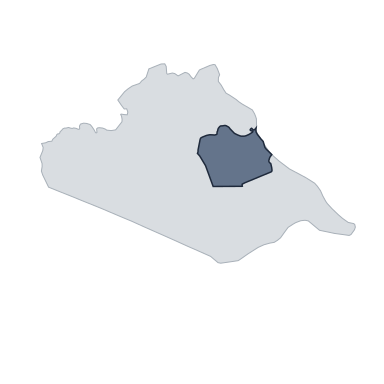 Syria, with Ar Raqqah highlighted, rotated 55°
{"feature_id": "SYR-136", "entity_name": "Ar Raqqah", "entity_type": "Province", "adm_level": 1, "iso_a3": "SYR", "parent_name": "Syria", "parent_adm1": "", "projection": "robinson", "projection_center": [38.68, 35.997], "detail": "fine", "context": "in_parent", "style": "filled", "palette": "slate", "viewbox_px": 384, "rotation_deg": 55, "n_neighbors": 0, "source": "natural_earth", "source_scale": "10m", "svg_char_len": 3731}
<svg xmlns="http://www.w3.org/2000/svg" viewBox="0 0 384 384"><g transform="rotate(55 192 192)"><path d="M71.4,140.8L74.3,141.1L80.4,144.7L81.4,144.6L83.3,139.8L85.1,138.2L88.9,136.8L90.0,129.1L91.8,127.6L93.9,126.8L97.2,126.7L100.0,126.2L100.2,124.9L96.3,116.0L96.7,113.7L98.6,104.7L99.9,101.2L101.0,100.1L105.5,100.5L111.8,102.1L113.4,104.7L116.5,107.0L121.1,106.8L126.5,107.3L130.6,107.4L133.9,105.8L141.5,102.8L145.2,101.8L148.6,100.5L159.4,95.5L163.8,95.9L166.8,96.6L169.0,97.3L174.1,100.7L178.4,104.1L181.3,105.1L186.7,105.0L194.4,105.7L203.8,105.6L209.3,104.7L216.4,103.0L228.9,99.0L245.4,90.6L255.1,86.5L259.3,86.0L264.7,86.0L270.2,87.1L276.4,87.8L279.2,87.8L285.9,86.9L294.5,85.2L300.0,83.8L306.5,81.5L310.6,77.7L311.9,77.3L313.6,78.0L314.4,78.3L316.1,80.5L318.0,86.0L318.0,86.6L317.7,88.2L313.4,92.8L307.7,99.0L303.5,102.9L296.5,109.5L291.3,110.9L282.4,113.3L280.0,115.6L277.9,119.4L276.6,124.5L276.3,127.6L276.1,133.6L278.2,139.8L280.3,145.7L280.6,149.6L280.4,153.5L278.5,157.6L276.5,163.3L275.3,169.7L274.8,181.7L274.8,191.9L274.7,193.6L271.1,200.8L266.8,209.3L264.8,211.2L255.4,213.7L245.1,219.9L233.6,226.9L223.1,233.1L212.1,239.7L200.7,246.6L192.6,251.5L181.6,258.0L171.7,264.3L161.6,270.6L153.9,275.4L142.2,283.0L135.3,287.5L125.2,294.0L116.4,299.8L105.8,306.7L92.7,304.6L88.5,303.4L85.2,300.2L82.7,298.5L76.5,296.7L72.5,290.5L70.2,288.4L66.0,287.4L67.8,283.5L68.2,280.9L70.0,277.7L68.9,275.7L68.4,271.3L67.6,270.2L67.3,269.0L68.0,267.6L67.7,266.2L67.0,265.6L66.7,263.4L66.2,261.7L66.5,259.8L67.4,258.5L68.4,256.0L69.5,255.3L71.2,253.7L71.7,252.1L73.3,250.5L75.4,249.2L75.9,248.2L75.6,247.6L73.5,246.4L72.4,244.4L73.4,241.4L74.1,240.5L75.4,239.0L78.2,236.8L80.4,236.5L82.4,236.5L85.6,236.6L88.1,237.0L88.7,236.5L88.7,235.7L85.6,233.9L85.4,232.5L86.2,231.0L88.4,228.5L91.0,226.8L92.4,226.4L95.4,222.9L97.3,218.9L94.3,209.1L92.4,207.6L89.4,206.2L87.6,206.0L87.5,205.4L89.9,202.9L91.6,200.8L89.7,198.7L86.4,197.8L85.1,199.9L80.8,200.1L74.1,200.0L71.2,189.8L70.8,185.3L70.9,180.2L73.0,172.7L72.1,169.2L72.1,166.8L71.6,163.6L66.4,156.7L69.4,143.9L71.4,140.8Z" fill="#d9dde1" stroke="#a8b0b8" stroke-width="1"/><path d="M197.3,106.7L199.4,106.6L207.1,105.2L208.0,107.7L208.3,108.5L210.2,110.9L210.8,111.4L211.1,111.5L211.5,111.6L211.9,111.6L212.6,111.6L212.9,111.5L213.5,111.3L213.6,111.2L213.8,111.2L214.0,111.2L217.7,112.7L220.1,114.0L220.5,114.4L220.7,114.7L220.8,114.9L220.9,115.1L220.9,115.7L218.5,126.5L214.8,143.2L214.4,146.1L214.4,146.5L214.7,146.6L215.8,147.4L216.1,147.5L215.8,148.1L199.6,171.5L178.2,165.8L166.9,165.0L163.5,165.4L162.9,164.5L162.5,164.0L161.0,162.9L153.6,155.2L153.1,154.5L153.0,154.3L152.9,154.1L152.8,153.8L152.8,153.6L152.8,153.4L153.0,151.8L154.0,147.6L155.1,145.0L155.4,144.5L155.6,144.2L157.2,142.1L157.9,141.3L158.1,141.1L158.2,140.9L158.5,140.3L158.7,139.7L158.8,139.4L158.9,139.2L158.9,138.7L158.9,138.4L158.7,138.2L157.2,137.0L157.2,136.9L156.7,136.1L156.2,135.5L155.6,134.9L155.3,134.5L154.9,133.8L154.5,132.5L154.3,131.7L154.3,131.2L154.3,130.8L154.4,130.5L154.6,130.2L155.4,128.9L155.9,127.8L156.2,127.2L156.6,126.6L157.1,126.2L157.3,126.0L157.9,125.7L159.5,124.9L160.5,124.6L162.0,124.6L168.3,123.6L171.4,121.9L173.9,120.2L174.4,119.7L174.7,119.4L176.2,117.2L176.6,116.3L176.9,115.5L177.2,114.0L177.2,113.9L177.5,112.6L177.6,111.3L177.7,108.2L177.6,107.9L177.5,107.6L177.3,107.5L177.2,107.5L176.9,107.5L176.6,107.7L175.7,108.5L175.3,108.7L175.0,108.8L174.8,108.8L174.7,108.8L174.4,108.7L174.3,108.4L174.1,108.1L173.9,107.2L173.9,106.9L174.0,106.6L176.2,106.2L176.3,106.1L176.5,105.9L176.7,105.5L176.8,105.2L176.8,104.8L176.3,102.8L177.4,103.9L179.7,105.1L182.4,105.4L188.6,105.1L189.5,104.9L191.4,104.7L197.3,106.7Z" fill="#64748b" stroke="#1e293b" stroke-width="1.5"/></g></svg>